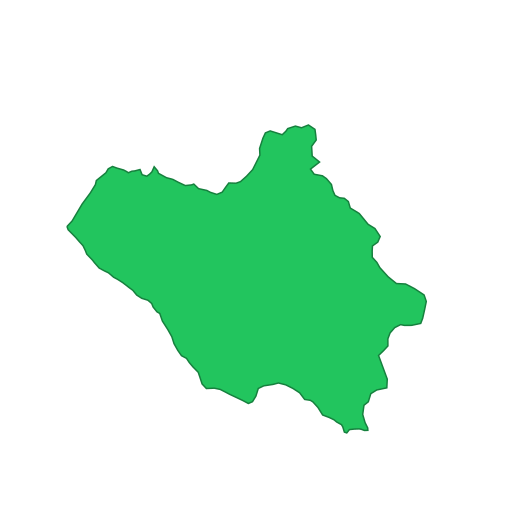 Pissouri, Limassol, Cyprus, rotated 28°
{"feature_id": "46923920B91138385914962", "entity_name": "Pissouri", "entity_type": "district", "adm_level": 2, "iso_a3": "CYP", "parent_name": "Cyprus", "parent_adm1": "Limassol", "projection": "natural_earth1", "projection_center": [32.701, 34.673], "detail": "fine", "context": "isolated", "style": "filled", "palette": "green", "viewbox_px": 512, "rotation_deg": 28, "n_neighbors": 0, "source": "geoboundaries", "source_scale": "gbopen_adm2", "svg_char_len": 2324}
<svg xmlns="http://www.w3.org/2000/svg" viewBox="0 0 512 512"><g transform="rotate(28 256 256)"><path d="M75.4,318.2L75.6,319.0L77.8,321.0L81.6,322.2L88.0,324.2L93.1,326.2L98.4,328.1L102.5,331.1L105.7,333.8L113.6,336.4L116.4,337.7L123.3,340.3L129.7,340.3L133.6,340.1L140.3,341.6L144.7,341.6L151.0,342.1L159.1,343.5L163.3,344.1L169.0,346.5L175.0,347.0L181.3,345.8L186.2,346.9L189.2,349.4L194.8,351.8L198.0,351.9L203.9,357.4L212.6,362.3L219.6,366.8L224.8,371.9L231.2,376.0L237.0,379.0L242.7,379.0L247.1,381.4L252.6,383.6L259.6,385.8L263.1,389.1L268.5,394.3L274.4,396.3L281.2,392.3L287.0,390.6L292.9,390.5L297.5,390.5L305.5,390.1L312.3,389.8L318.5,389.8L321.3,386.3L321.7,379.8L320.2,371.9L323.8,367.0L331.3,361.4L335.4,357.6L342.7,355.8L350.9,355.6L358.8,356.3L366.3,359.8L371.7,357.9L374.7,358.1L381.7,360.6L389.5,365.1L396.5,364.2L401.9,364.0L405.2,364.7L410.7,364.8L412.9,366.2L416.7,370.0L419.2,369.6L420.0,365.4L424.0,362.7L428.3,360.2L430.2,359.6L433.7,359.1L436.6,357.4L436.1,356.6L435.4,355.4L430.5,351.9L424.6,345.8L421.4,337.1L423.6,332.0L422.0,323.7L425.5,317.6L433.4,311.0L429.7,303.1L410.9,286.3L413.0,279.9L414.7,273.5L411.3,267.2L410.5,261.0L412.1,254.1L415.9,248.7L419.6,247.6L425.9,244.2L433.1,238.2L432.4,232.7L430.0,224.0L427.7,216.2L424.1,212.8L422.7,211.5L411.3,210.4L401.2,210.5L392.9,214.4L382.3,212.3L370.7,208.1L365.7,204.9L359.3,202.6L356.2,197.0L354.1,192.4L357.0,186.6L356.5,180.5L348.1,175.9L340.1,175.4L327.2,170.0L316.7,169.4L312.0,164.6L306.9,163.6L302.4,165.4L297.3,165.4L293.2,162.2L289.0,157.4L281.8,154.6L277.0,154.0L269.0,156.5L263.3,153.7L268.0,143.2L258.7,141.4L253.6,133.0L254.7,125.3L251.7,120.8L248.6,116.5L240.8,115.7L236.0,121.4L229.8,122.8L224.2,128.6L223.8,131.8L222.2,136.6L209.8,138.9L206.5,142.9L206.8,148.7L208.7,159.4L212.1,165.1L212.5,181.3L210.2,190.0L207.4,197.6L204.2,201.1L197.7,204.3L196.9,209.7L196.2,215.5L192.5,220.0L185.8,221.2L181.8,221.2L173.7,223.5L167.3,221.7L165.7,223.5L160.5,227.0L152.5,227.4L146.9,227.4L145.2,227.7L140.2,228.9L131.1,228.8L129.1,227.0L124.2,225.0L124.6,230.6L123.6,233.8L122.1,236.8L117.3,237.7L113.0,234.1L109.0,237.8L106.6,239.4L104.2,242.4L102.0,242.2L98.8,242.2L91.8,243.7L87.3,244.3L84.6,248.4L84.4,253.0L79.6,264.3L80.7,268.4L80.1,278.2L78.1,291.7L77.2,311.4L75.4,318.2Z" fill="#22c55e" stroke="#15803d" stroke-width="1.5"/></g></svg>